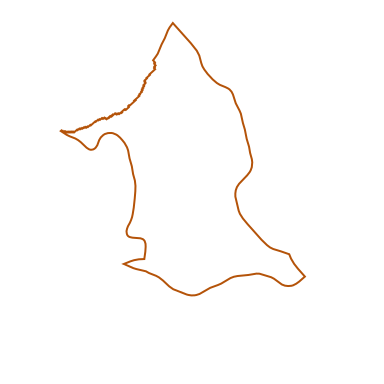 Fundación, Barahona, Dominican Republic, rotated 228°
{"feature_id": "3306468B48518895695140", "entity_name": "Fundación", "entity_type": "district", "adm_level": 2, "iso_a3": "DOM", "parent_name": "Dominican Republic", "parent_adm1": "Barahona", "projection": "robinson", "projection_center": [-71.129, 18.263], "detail": "fine", "context": "isolated", "style": "outline", "palette": "amber", "viewbox_px": 384, "rotation_deg": 228, "n_neighbors": 0, "source": "geoboundaries", "source_scale": "gbopen_adm2", "svg_char_len": 3549}
<svg xmlns="http://www.w3.org/2000/svg" viewBox="0 0 384 384"><g transform="rotate(228 192 192)"><path d="M80.7,222.6L88.5,218.3L95.3,214.2L98.6,212.9L102.3,212.2L110.0,211.7L130.9,211.8L138.3,212.1L143.7,213.0L146.9,214.2L159.5,221.1L161.9,223.2L164.0,225.7L165.6,228.7L166.6,232.5L167.5,244.3L168.2,248.2L168.8,250.0L170.4,253.0L173.7,256.6L176.3,258.4L182.1,261.3L187.5,264.7L194.9,268.2L203.1,273.1L209.2,276.0L217.5,280.7L220.7,281.8L228.7,283.9L237.1,287.7L240.1,288.5L243.2,288.5L244.8,288.1L247.6,287.0L253.0,284.4L256.4,283.4L261.8,282.7L269.3,282.6L274.8,283.1L278.3,283.8L281.5,285.1L288.5,288.7L293.8,290.1L303.3,290.7L330.4,290.8L329.3,285.5L328.2,282.2L324.5,274.7L322.0,268.1L317.7,259.1L316.8,255.6L315.9,251.2L313.2,251.2L313.2,250.5L312.5,250.5L312.5,249.7L310.5,249.7L310.5,248.2L309.9,248.2L309.9,247.4L309.2,247.4L309.2,246.7L307.9,246.7L307.9,239.1L307.2,239.1L307.2,234.5L306.6,234.5L306.6,231.4L305.9,231.4L305.9,230.7L304.6,230.7L304.6,229.9L303.9,229.9L303.9,227.6L303.2,227.6L303.2,226.9L302.6,226.9L302.6,225.3L301.9,225.3L301.9,223.8L301.3,223.8L301.3,223.0L300.6,223.0L300.6,221.5L299.9,221.5L299.9,218.5L299.3,218.5L299.3,217.0L298.6,217.0L298.6,211.6L297.9,211.6L297.9,210.9L298.6,210.9L298.6,210.1L297.9,210.1L297.9,203.2L298.6,203.2L298.6,202.5L297.9,202.5L297.9,201.7L297.3,201.7L297.3,197.9L297.9,197.9L297.9,197.1L298.6,197.1L298.6,193.3L297.9,193.3L297.9,192.6L298.6,192.6L298.6,190.3L299.3,190.3L299.3,189.5L299.9,189.5L299.9,188.0L301.3,188.0L301.3,187.2L301.9,187.2L301.9,184.9L302.6,184.9L302.6,183.4L301.9,183.4L301.9,182.7L302.6,182.7L302.6,181.9L303.2,181.9L303.2,180.4L302.6,180.4L302.6,179.6L303.2,179.6L303.2,177.3L304.6,177.3L304.6,176.6L305.9,176.6L305.9,175.0L306.6,175.0L306.6,174.3L307.2,174.3L307.2,172.0L307.9,172.0L307.9,170.5L308.6,170.5L308.6,167.4L309.2,167.4L309.2,161.3L309.9,161.3L309.9,158.3L310.5,158.3L310.5,156.7L311.2,156.7L311.2,156.0L311.9,156.0L311.9,154.5L312.5,154.5L312.5,152.9L313.2,152.9L313.2,151.4L313.9,151.4L313.9,150.6L314.5,150.6L314.5,148.4L315.2,148.4L315.2,144.5L315.8,144.5L315.8,143.8L316.5,143.8L316.5,143.0L317.2,143.0L317.2,142.3L317.8,142.3L317.8,141.5L318.5,141.5L318.5,140.7L319.2,140.7L319.2,140.0L319.8,140.0L319.8,139.2L320.5,139.2L320.5,138.4L321.8,138.4L321.8,137.7L322.5,137.7L322.5,136.9L323.8,136.9L323.8,136.2L325.1,136.2L325.1,135.3L318.4,137.1L315.4,138.3L309.8,141.1L306.7,142.1L303.4,142.7L295.5,143.3L292.8,144.0L291.5,144.7L290.5,145.8L289.7,147.2L289.4,148.6L289.4,150.1L290.1,152.9L292.7,157.8L293.6,160.8L293.7,164.2L293.4,166.0L292.0,169.0L289.9,171.5L288.7,172.5L285.6,174.0L284.0,174.5L280.6,174.9L277.2,174.9L273.7,174.7L268.7,173.6L265.6,172.3L258.8,168.1L251.4,164.5L244.7,160.2L238.7,157.2L234.4,154.1L230.4,150.3L225.3,144.9L219.3,138.2L215.2,133.1L213.4,130.6L211.9,127.9L210.7,125.3L209.4,121.5L208.2,119.2L206.7,117.1L204.7,115.7L203.6,115.2L202.4,115.0L201.1,115.2L200.0,115.7L197.9,117.2L192.1,122.7L189.9,123.9L188.6,124.1L187.2,124.0L184.6,122.8L182.3,120.9L178.8,117.3L174.1,111.7L177.6,107.4L180.1,103.3L181.6,100.0L184.1,93.2L174.8,97.4L172.1,99.0L163.9,104.7L160.6,105.8L153.8,109.2L150.7,110.3L145.7,111.2L137.2,111.9L132.3,113.0L119.5,119.4L118.1,120.3L115.6,122.3L113.5,124.8L112.6,126.2L111.2,129.3L108.6,141.4L105.5,149.1L104.4,152.4L102.3,163.0L101.0,166.4L99.1,169.6L92.6,178.4L88.2,185.3L86.1,187.5L75.7,193.8L72.7,194.9L63.1,196.9L60.2,198.4L57.8,200.5L55.8,203.1L55.0,204.7L54.1,208.1L53.7,211.8L53.6,219.3L64.1,219.4L70.2,219.8L76.2,221.0L80.7,222.6Z" fill="none" stroke="#b45309" stroke-width="2"/></g></svg>